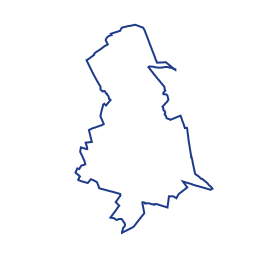 Cefa, Bihor, Romania (Equal Earth projection), rotated 70°
{"feature_id": "2599482B41773522941584", "entity_name": "Cefa", "entity_type": "district", "adm_level": 2, "iso_a3": "ROU", "parent_name": "Romania", "parent_adm1": "Bihor", "projection": "equal_earth", "projection_center": [21.696, 46.898], "detail": "fine", "context": "isolated", "style": "outline", "palette": "blue", "viewbox_px": 256, "rotation_deg": 70, "n_neighbors": 0, "source": "geoboundaries", "source_scale": "gbopen_adm2", "svg_char_len": 5577}
<svg xmlns="http://www.w3.org/2000/svg" viewBox="0 0 256 256"><g transform="rotate(70 128 128)"><path d="M224.4,169.5L224.0,166.4L223.8,164.2L223.3,160.6L223.1,158.6L222.8,157.1L222.7,156.5L222.6,156.3L221.0,153.6L220.7,153.3L213.6,141.8L203.0,140.1L202.7,139.7L203.2,138.9L204.1,137.5L204.8,137.7L205.0,137.1L205.9,134.0L207.7,131.8L208.3,130.3L208.5,130.2L208.8,130.2L209.1,129.5L209.1,129.3L208.8,129.1L208.7,128.6L208.7,128.4L208.7,128.2L209.6,126.7L213.1,122.2L214.0,120.9L215.9,118.5L216.2,118.1L215.6,117.8L214.1,117.0L213.5,116.7L211.1,115.4L208.6,114.1L206.2,112.9L206.5,112.2L207.0,110.6L207.4,109.6L207.7,108.9L208.0,108.5L208.7,108.0L210.2,106.8L210.5,106.6L207.5,103.1L206.3,99.5L204.1,92.6L197.1,94.7L202.4,87.5L203.6,86.2L204.1,85.6L205.0,84.3L205.6,83.6L206.4,82.3L207.8,80.4L208.7,79.2L209.7,77.7L211.8,74.9L212.6,73.8L214.3,71.6L214.1,71.3L214.0,70.9L213.9,70.6L213.9,70.3L213.9,70.0L213.9,69.8L214.0,69.6L214.0,69.4L213.9,69.3L213.6,69.4L212.4,69.8L212.2,69.9L210.8,70.6L209.9,71.2L209.1,71.6L207.2,72.2L206.3,72.6L205.7,73.0L202.8,74.7L201.0,75.8L200.8,76.6L200.7,76.7L200.3,76.9L199.6,77.2L198.5,77.7L197.9,78.0L195.9,79.4L194.4,80.5L194.1,80.6L192.5,80.4L190.3,80.1L186.2,79.5L183.8,79.2L182.1,78.9L180.4,78.6L178.8,78.4L176.7,78.2L176.7,78.5L176.5,78.4L159.9,75.2L154.6,73.9L154.2,73.9L148.7,72.6L147.9,72.6L147.5,74.6L146.7,74.5L146.3,74.6L143.8,74.4L140.5,74.5L137.7,74.4L134.4,74.4L134.5,78.5L134.7,82.7L134.8,85.3L134.6,85.3L132.7,87.6L132.3,88.1L132.1,88.2L132.0,88.3L131.5,88.4L131.1,88.4L130.9,88.4L129.9,88.2L129.6,88.2L129.3,88.3L129.0,88.5L128.6,88.7L128.1,88.8L127.8,88.9L127.6,88.9L127.4,88.8L127.2,88.5L127.0,88.2L126.8,88.0L126.6,87.8L126.1,87.8L125.8,87.8L125.5,87.8L124.6,87.7L124.4,87.9L124.1,88.2L123.9,88.3L122.9,88.6L122.7,88.6L122.3,88.4L122.0,88.2L121.8,88.1L121.6,88.0L121.1,88.1L119.7,88.3L119.5,87.7L118.4,85.7L116.5,82.0L115.6,80.9L115.2,80.3L114.2,80.2L111.1,79.9L110.9,79.9L110.5,80.1L109.4,80.6L109.3,80.8L109.2,81.2L108.9,81.9L108.8,82.2L108.5,82.8L108.3,83.2L108.2,83.2L107.7,83.0L107.0,82.7L106.8,82.6L106.4,81.7L105.7,80.2L105.0,80.2L103.9,80.2L103.4,80.2L101.8,79.7L90.9,83.6L85.5,85.5L84.8,85.6L84.0,85.9L80.8,87.0L80.7,87.0L79.3,87.5L77.8,88.0L77.5,86.9L77.6,86.7L77.7,86.4L78.1,85.4L79.0,83.4L79.2,83.0L79.7,82.5L79.9,82.2L80.5,81.1L81.2,79.8L81.6,79.0L82.0,77.9L82.5,76.3L82.9,75.2L83.1,74.1L83.4,72.1L84.2,70.0L85.6,68.1L86.1,66.9L86.4,66.4L86.5,66.2L87.1,65.8L87.6,65.4L88.9,64.2L89.2,63.9L89.6,63.6L89.1,63.4L88.9,63.7L88.3,64.3L87.1,65.2L85.3,66.3L84.8,66.6L83.4,67.4L79.1,70.0L78.5,72.2L77.8,74.4L77.2,76.3L76.5,78.4L73.9,78.5L72.9,78.6L69.4,78.5L66.0,78.6L55.6,78.8L53.3,78.8L51.2,78.8L46.4,78.9L44.1,79.0L43.1,78.9L41.4,79.0L41.2,79.1L39.3,79.4L39.0,79.5L38.8,79.6L37.6,81.0L36.2,82.7L34.6,84.5L33.4,86.1L33.3,86.6L33.1,88.6L32.8,90.8L32.2,93.5L32.0,95.9L31.8,97.4L31.7,97.8L31.6,98.8L31.7,99.1L31.7,99.4L31.9,99.8L32.0,100.0L32.4,100.5L32.7,100.8L33.0,101.2L33.7,101.8L33.9,102.0L34.0,102.2L33.9,103.5L33.9,104.8L33.8,106.1L33.8,106.8L33.7,108.3L33.6,111.9L35.1,111.7L35.0,112.6L35.0,113.4L35.0,114.6L35.3,115.7L36.0,117.2L37.7,118.9L40.7,118.6L42.5,118.4L42.9,120.3L42.9,121.1L43.0,121.8L43.4,123.1L43.7,124.0L44.4,126.4L44.9,128.0L45.1,128.9L45.6,131.3L45.8,132.2L46.0,132.7L46.0,132.9L46.3,133.4L46.4,133.7L47.1,134.9L47.7,134.9L48.0,135.9L48.2,136.4L48.7,138.3L49.2,139.9L49.6,141.0L50.1,143.8L63.2,142.4L66.5,142.0L70.4,141.4L72.9,141.0L75.0,140.6L77.0,140.3L77.9,140.1L79.3,139.7L79.8,139.8L80.6,140.0L82.3,140.7L82.5,140.7L82.9,140.5L83.2,140.3L83.7,139.9L84.0,139.7L84.5,139.6L84.9,139.5L85.0,139.3L85.1,139.1L85.1,138.7L85.0,138.4L85.0,138.1L85.1,137.8L85.3,137.5L85.5,137.2L86.0,137.0L87.5,136.9L87.8,136.8L88.0,136.7L88.4,136.3L88.7,136.1L89.0,136.3L91.2,135.6L91.9,135.5L92.6,135.5L93.1,135.6L93.4,135.8L93.8,135.9L94.1,135.8L94.4,135.7L94.6,135.4L94.9,135.2L95.2,135.1L95.8,134.8L96.1,135.3L96.9,136.9L98.3,139.3L99.3,141.0L98.9,141.2L97.4,141.9L97.1,142.0L97.3,142.5L97.4,143.0L97.6,143.4L97.8,143.5L99.8,144.8L103.9,147.7L106.3,149.2L107.6,149.9L116.0,149.4L116.1,149.9L116.4,151.8L116.3,153.4L116.3,154.8L116.3,156.1L116.3,157.7L116.3,159.0L116.1,160.8L116.2,161.7L116.3,163.3L116.5,165.4L128.8,166.8L128.3,168.6L127.8,170.7L127.5,172.1L127.3,172.8L130.1,173.0L132.2,173.1L133.6,173.5L133.9,173.6L133.8,173.9L133.6,174.2L130.1,178.9L134.0,181.1L135.3,181.0L138.7,180.6L141.6,180.4L142.8,180.3L144.4,180.2L146.0,180.4L147.1,180.5L147.6,180.6L147.4,184.8L149.9,187.9L148.6,189.4L148.6,189.5L149.8,190.6L152.0,192.6L153.7,191.6L157.1,189.7L157.6,190.4L157.9,190.9L158.2,191.1L158.8,191.6L159.0,191.8L159.2,192.2L159.3,192.4L159.9,192.5L160.0,192.4L161.3,190.9L162.1,190.0L162.7,189.1L165.9,184.7L165.4,183.7L164.2,181.7L163.4,180.4L164.2,179.5L166.0,177.7L166.8,177.0L168.0,175.9L168.3,175.8L168.7,175.7L169.5,175.7L170.6,175.6L171.5,175.6L172.3,175.5L173.1,175.6L174.7,175.7L175.4,174.7L175.7,174.4L176.2,173.8L176.2,173.6L176.3,173.5L180.8,167.1L182.6,164.4L187.3,157.9L187.6,158.0L187.9,158.1L188.5,158.1L188.8,158.1L193.4,164.9L197.2,163.2L198.0,162.8L198.8,164.1L199.4,165.1L200.1,166.0L201.0,167.2L206.2,175.2L206.7,174.4L207.1,173.6L207.5,172.8L207.8,172.2L208.0,172.0L208.2,171.9L209.5,171.0L210.0,170.6L210.3,170.4L210.5,170.1L210.6,169.9L210.5,168.8L210.4,167.6L210.5,167.4L211.3,165.3L211.5,165.0L211.8,164.9L212.8,164.7L216.4,163.8L216.6,163.7L217.9,163.9L218.3,164.0L218.7,164.3L219.0,164.6L219.3,165.0L219.6,165.4L219.8,166.0L220.1,166.5L220.5,166.9L221.4,167.6L222.6,168.3L223.2,168.8L223.9,169.3L224.1,169.4L224.4,169.5Z" fill="none" stroke="#1e3a8a" stroke-width="2"/></g></svg>